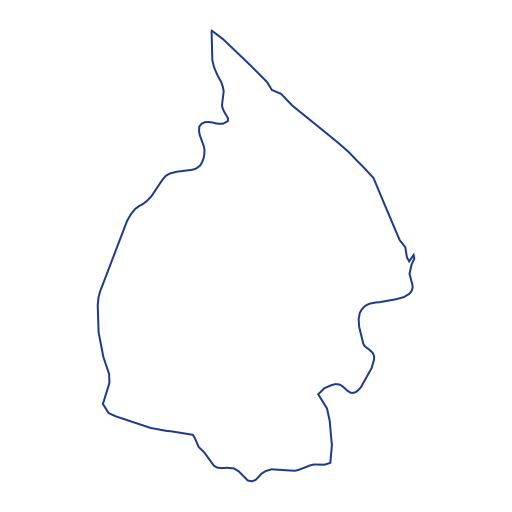 Mahaica-Berbice, Albers equal-area conic projection
{"feature_id": "GUY-679", "entity_name": "Mahaica-Berbice", "entity_type": "Region", "adm_level": 1, "iso_a3": "GUY", "parent_name": "Guyana", "parent_adm1": "", "projection": "albers", "projection_center": [-57.805, 6.276], "detail": "fine", "context": "isolated", "style": "outline", "palette": "blue", "viewbox_px": 512, "rotation_deg": 0, "n_neighbors": 0, "source": "natural_earth", "source_scale": "10m", "svg_char_len": 1813}
<svg xmlns="http://www.w3.org/2000/svg" viewBox="0 0 512 512"><path d="M211.9,30.7L223.1,39.2L250.7,65.6L267.1,82.1L271.8,89.9L281.1,93.9L292.3,105.6L321.7,129.4L337.9,142.6L348.7,152.0L355.7,159.4L363.4,167.1L373.5,178.0L384.1,203.4L399.6,240.0L405.3,247.2L406.9,257.3L409.2,261.4L413.6,255.0L414.3,258.6L411.6,264.5L409.5,273.9L412.4,284.7L412.6,287.8L411.5,291.1L409.1,294.0L403.8,297.1L396.3,299.2L378.8,302.3L375.7,302.5L370.0,303.6L367.3,304.7L364.7,306.3L361.8,309.4L359.8,312.9L358.6,319.4L359.2,327.1L363.3,343.7L364.5,345.9L366.4,347.6L368.5,349.0L372.3,352.4L373.6,354.6L374.2,357.1L373.9,360.1L371.5,368.3L360.8,387.4L358.2,390.2L355.9,392.0L353.2,392.9L350.5,392.7L347.5,390.8L343.4,387.0L341.4,385.5L338.9,384.4L335.3,384.1L330.8,385.4L324.4,388.2L318.2,394.3L327.0,408.5L329.7,420.9L331.9,445.5L330.3,462.9L324.5,464.7L314.0,464.5L310.4,465.3L298.6,469.9L294.7,470.8L271.5,469.3L265.6,471.1L261.3,473.8L258.5,477.0L255.5,480.0L251.8,481.3L247.8,480.5L238.7,471.3L233.9,468.4L226.8,467.8L221.8,468.1L217.4,467.7L214.0,465.8L204.3,452.5L198.6,446.9L195.0,438.4L192.8,434.8L171.1,431.3L167.0,431.0L150.7,428.0L115.9,416.4L108.6,413.1L102.9,404.0L109.4,383.0L109.1,374.0L103.4,357.2L98.6,332.4L97.7,305.4L98.5,297.4L100.1,291.5L127.1,220.8L131.0,214.0L135.3,208.8L138.9,206.2L142.4,204.3L146.7,201.1L151.3,196.4L162.0,180.4L165.5,176.1L167.8,174.6L170.2,173.4L177.0,171.7L192.1,169.8L195.9,168.7L200.2,165.5L202.3,161.8L203.7,157.8L204.3,154.2L204.5,150.5L204.0,146.8L199.8,135.2L199.0,131.2L199.3,126.5L201.8,123.6L204.9,122.2L208.5,122.0L212.0,122.4L215.5,123.3L219.4,123.8L223.3,123.6L227.8,121.1L228.0,118.3L224.2,111.8L222.6,108.4L222.0,104.9L223.7,91.3L222.8,86.8L221.3,82.3L217.0,74.3L214.0,67.0L212.3,60.0L211.6,31.6L211.9,30.7L211.9,30.7Z" fill="none" stroke="#1e3a8a" stroke-width="2"/></svg>